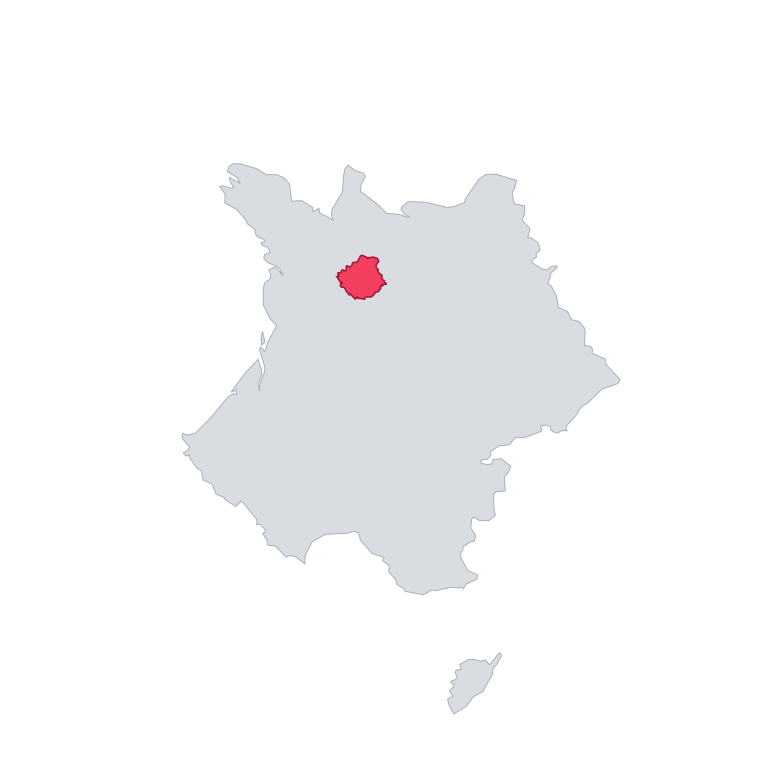 location of Sarthe within France, rotated 32°
{"feature_id": "FRA-5340", "entity_name": "Sarthe", "entity_type": "Metropolitan department", "adm_level": 1, "iso_a3": "FRA", "parent_name": "France", "parent_adm1": "", "projection": "mercator", "projection_center": [0.286, 48.027], "detail": "fine", "context": "in_parent", "style": "filled", "palette": "rose", "viewbox_px": 768, "rotation_deg": 32, "n_neighbors": 0, "source": "natural_earth", "source_scale": "10m", "svg_char_len": 6426}
<svg xmlns="http://www.w3.org/2000/svg" viewBox="0 0 768 768"><g transform="rotate(32 384 384)"><path d="M564.0,326.6L559.8,328.9L557.2,333.6L554.6,334.7L549.8,334.7L547.4,331.8L541.7,333.7L539.3,336.7L542.8,340.3L531.3,355.4L524.0,359.3L522.4,369.0L513.8,376.3L510.6,383.9L510.4,385.4L512.5,387.9L511.6,392.9L507.3,396.1L507.3,399.3L508.5,399.7L515.2,397.2L517.7,394.2L516.4,390.2L523.1,385.3L535.0,386.5L536.4,393.1L534.9,398.6L543.5,410.4L536.0,416.0L535.5,419.6L543.2,431.4L548.0,436.3L545.5,444.2L537.3,449.3L532.1,448.9L529.9,450.2L530.2,452.6L533.7,459.8L542.5,464.4L543.8,469.7L541.4,471.6L537.3,479.7L539.1,483.7L538.4,485.4L539.3,488.1L541.6,490.8L553.7,497.7L564.7,496.4L566.1,500.3L559.4,510.7L559.8,515.4L556.4,515.5L555.8,517.1L549.0,520.6L538.1,531.1L533.0,534.1L530.9,539.4L527.9,542.4L512.3,548.4L509.3,547.0L501.7,547.2L497.0,543.4L487.8,541.0L484.9,535.5L476.3,534.5L475.9,530.8L463.9,534.1L447.1,529.1L441.2,523.7L436.3,525.1L431.9,530.0L413.8,542.7L406.7,555.8L408.0,571.0L412.2,578.5L401.1,577.3L394.6,579.5L392.9,582.7L377.3,579.0L371.5,582.1L370.0,581.9L367.9,578.7L360.3,575.1L361.5,572.6L360.4,570.4L353.2,568.6L350.7,570.8L348.0,566.3L327.8,559.4L324.6,559.5L323.3,566.4L310.3,566.2L308.4,565.0L300.1,566.4L291.2,560.0L281.3,561.2L275.2,554.6L269.3,554.2L261.0,550.8L257.2,549.0L256.7,547.0L254.2,550.0L251.1,549.3L250.5,548.4L252.4,544.8L252.9,540.5L242.4,537.3L239.7,534.2L239.6,532.5L245.3,531.1L250.3,525.1L255.1,503.3L258.6,477.3L261.1,472.4L264.4,471.0L261.7,467.4L258.6,472.1L260.5,448.1L264.2,429.9L273.0,437.3L275.1,440.6L277.7,451.4L282.6,455.9L279.4,451.5L276.2,437.1L274.2,433.0L260.3,420.9L259.8,418.1L265.9,419.6L263.4,410.5L262.0,391.3L253.5,389.3L239.9,381.1L230.5,366.3L229.4,360.7L231.9,354.8L229.7,351.0L225.8,348.4L228.8,343.4L231.6,342.8L241.4,345.8L233.4,340.9L220.4,342.6L215.2,340.9L214.3,337.3L217.8,332.8L213.5,329.9L206.0,330.6L205.1,329.4L207.3,326.1L205.4,324.9L199.3,326.1L195.9,325.1L192.6,321.4L182.8,320.5L180.6,318.4L167.0,314.0L152.9,314.8L148.9,307.3L140.2,303.6L141.9,301.3L150.6,299.0L152.3,296.9L146.0,293.8L143.7,290.7L155.3,290.0L150.1,286.7L138.8,286.9L137.3,282.4L138.8,277.7L145.3,273.5L161.6,269.0L173.4,268.8L181.8,263.5L190.1,262.0L198.0,264.6L208.7,277.9L217.2,272.1L229.8,272.2L232.4,275.5L235.8,269.5L238.6,273.0L254.0,271.8L250.5,269.5L247.5,263.9L246.9,243.0L239.0,227.8L237.0,222.2L237.5,217.5L246.7,218.3L254.4,216.2L258.1,217.7L259.0,227.5L262.2,233.2L283.5,235.0L295.8,238.0L306.2,232.5L315.9,230.0L316.6,228.7L311.1,229.2L305.9,226.8L305.3,224.2L307.9,216.5L322.7,207.9L344.4,200.7L350.0,195.8L356.4,187.0L355.0,184.8L355.9,160.6L359.1,152.7L367.4,146.9L388.5,141.1L391.1,148.8L391.0,153.2L396.6,160.0L399.4,162.1L408.6,158.4L413.0,164.8L414.3,171.9L425.4,174.9L428.6,184.1L430.7,182.1L437.6,182.5L440.9,183.3L445.4,187.3L444.0,192.9L446.0,195.5L444.1,200.6L445.4,202.7L458.1,202.7L462.0,200.5L463.7,195.4L467.6,192.4L469.0,193.3L466.6,202.7L468.4,205.2L469.3,211.9L474.1,212.4L483.4,217.8L491.3,226.7L501.0,225.2L508.7,230.1L516.6,227.6L524.1,230.3L526.7,232.8L533.6,245.2L539.0,242.7L542.8,244.2L544.0,247.7L558.3,245.6L560.9,249.1L563.8,250.4L581.9,255.0L582.1,259.6L571.6,272.7L567.1,291.2L564.0,297.6L562.9,302.4L563.7,305.5L563.2,310.5L561.0,322.4L562.2,325.9L564.0,326.6ZM628.2,560.9L627.3,567.8L629.8,572.8L630.7,592.5L625.5,602.0L624.6,613.4L618.1,626.9L608.1,620.9L605.1,617.6L607.8,612.4L602.0,609.6L603.4,604.5L602.7,602.0L598.7,601.8L598.4,600.4L601.4,596.5L601.4,594.1L597.5,591.1L596.7,588.4L600.5,585.3L598.8,582.6L596.7,581.9L601.8,572.9L605.3,570.2L613.2,567.7L616.4,564.3L621.6,566.1L622.5,565.3L624.2,551.0L626.0,550.8L627.7,552.7L628.2,560.9ZM260.9,411.5L259.7,415.9L254.3,408.4L253.6,404.3L260.9,411.5Z" fill="#d9dde1" stroke="#a8b0b8" stroke-width="1"/><path d="M287.0,317.9L287.7,317.5L288.3,316.9L288.3,315.9L287.1,315.7L286.6,315.3L286.2,314.6L286.2,313.9L286.7,313.5L287.8,313.0L288.1,312.8L288.2,312.6L288.3,312.3L288.3,311.9L288.2,311.5L287.9,310.9L287.8,310.6L287.9,309.9L288.2,309.4L288.5,309.1L289.0,308.9L290.6,308.7L291.1,308.5L291.5,307.9L291.5,307.3L291.2,306.6L290.9,306.0L290.0,304.9L289.7,304.3L289.8,303.6L290.0,303.4L292.6,302.8L293.2,302.3L293.6,301.9L293.8,301.3L293.8,300.7L293.8,300.0L293.3,298.8L293.3,298.2L293.4,297.6L293.5,297.2L296.1,295.3L296.7,293.8L296.2,288.2L296.4,287.4L296.7,286.9L297.2,286.5L299.2,286.2L299.7,286.0L301.7,285.7L302.1,285.8L302.5,285.8L303.1,286.1L303.6,286.1L303.8,285.8L303.9,285.2L304.0,284.9L304.2,284.7L304.4,284.6L304.7,284.6L304.9,284.6L305.3,284.4L305.5,284.3L305.7,284.1L305.9,283.8L306.2,283.3L306.4,282.9L306.7,282.6L307.2,282.5L307.5,282.3L308.1,281.9L311.2,281.1L311.6,281.2L312.2,281.3L313.6,281.9L314.0,282.2L314.3,282.5L314.5,282.9L314.5,283.3L314.5,283.7L314.3,285.1L314.4,286.6L314.5,287.2L314.7,287.8L314.9,288.5L315.3,288.9L315.8,289.4L316.8,289.9L317.5,290.0L317.9,289.9L318.2,289.8L318.5,289.9L318.7,290.4L318.7,290.7L318.7,291.0L318.7,291.5L318.8,291.7L319.2,291.9L322.2,292.8L323.5,292.8L323.5,292.7L324.1,292.6L324.5,292.9L325.1,293.6L325.8,294.8L326.1,295.3L326.5,295.6L327.3,296.2L328.0,296.3L329.0,296.1L330.7,297.4L331.0,297.5L332.1,297.5L332.4,297.6L332.7,297.8L332.9,298.1L332.9,298.4L332.6,298.7L331.9,299.0L330.7,299.9L330.3,300.1L330.1,300.4L330.2,300.8L330.4,301.0L330.7,301.2L330.9,301.5L330.5,302.0L330.2,302.1L329.5,302.1L329.2,302.2L329.0,302.4L329.0,302.9L329.1,303.3L329.3,303.6L329.4,303.9L329.6,304.2L329.8,304.2L330.4,304.3L330.6,304.6L330.5,305.1L330.3,306.2L330.2,306.8L330.2,307.3L330.5,308.0L330.3,308.5L330.0,309.0L329.2,309.7L328.8,310.1L328.4,310.5L328.2,311.0L328.1,311.5L328.0,311.9L328.1,312.3L328.1,312.6L328.1,313.0L328.1,313.4L328.0,313.8L327.2,316.6L326.8,317.0L326.3,317.5L325.3,318.1L324.6,318.5L324.1,318.6L323.4,319.1L322.6,319.9L322.2,321.0L322.5,321.6L322.6,322.0L322.6,322.3L322.4,322.6L322.1,322.7L321.6,322.8L321.2,322.9L319.3,323.8L318.0,324.2L317.4,324.5L317.1,324.8L317.0,325.1L316.8,325.2L316.4,325.1L315.6,324.6L315.2,324.6L314.7,325.0L314.6,325.3L314.6,325.7L314.7,326.0L314.8,326.6L314.9,326.9L314.8,327.1L314.3,327.2L312.3,326.6L311.3,326.5L309.8,326.1L307.9,325.4L307.5,326.8L306.7,326.8L304.9,325.9L303.7,325.7L300.0,323.6L298.1,323.3L297.9,323.4L297.3,324.1L296.6,324.4L295.7,324.2L294.8,323.6L294.3,322.7L294.2,322.1L294.2,321.8L294.3,321.5L294.4,321.3L295.0,320.8L294.8,320.1L294.4,320.0L293.5,320.7L293.1,320.8L287.0,317.9Z" fill="#f43f5e" stroke="#9f1239" stroke-width="1.5"/></g></svg>